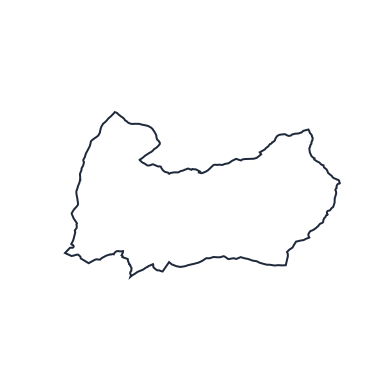 Rosia Montana, Alba, Romania, rotated 158°
{"feature_id": "2599482B9774767997162", "entity_name": "Rosia Montana", "entity_type": "district", "adm_level": 2, "iso_a3": "ROU", "parent_name": "Romania", "parent_adm1": "Alba", "projection": "robinson", "projection_center": [23.088, 46.307], "detail": "fine", "context": "isolated", "style": "outline", "palette": "slate", "viewbox_px": 384, "rotation_deg": 158, "n_neighbors": 0, "source": "geoboundaries", "source_scale": "gbopen_adm2", "svg_char_len": 5980}
<svg xmlns="http://www.w3.org/2000/svg" viewBox="0 0 384 384"><g transform="rotate(158 192 192)"><path d="M233.7,295.0L235.7,293.9L239.6,292.3L242.0,291.5L244.6,290.1L246.3,289.4L247.3,289.0L248.1,288.9L248.8,288.6L249.6,288.0L251.6,286.5L253.5,284.2L254.5,282.7L254.9,281.8L257.5,279.6L258.5,279.2L259.7,278.9L261.1,278.5L262.1,278.4L263.7,277.9L264.7,277.7L266.0,277.2L266.9,276.7L267.9,275.0L269.9,272.5L276.1,267.3L277.2,265.8L277.7,265.3L278.4,264.4L279.2,263.8L279.8,263.3L280.6,262.6L280.9,262.1L281.1,261.7L281.0,260.1L281.5,259.3L282.0,258.7L282.7,257.7L283.3,257.0L283.9,256.5L284.5,256.2L285.6,255.2L285.9,254.5L286.1,254.0L286.3,253.6L287.3,252.7L289.2,250.6L289.4,249.9L289.9,248.4L290.0,247.9L290.8,246.1L291.2,245.4L291.0,245.0L291.5,244.7L293.1,242.6L295.9,239.7L296.6,238.6L298.9,236.1L299.8,233.8L300.9,228.3L302.1,223.6L302.8,222.7L304.0,221.9L308.0,220.0L311.1,217.7L311.7,216.9L311.6,211.6L311.3,210.3L310.4,206.1L311.3,205.1L311.5,204.0L312.0,202.6L312.9,201.5L315.0,200.3L315.2,199.8L315.3,198.5L315.6,198.0L319.7,192.4L321.5,190.5L323.4,189.1L323.4,188.5L322.2,187.3L322.0,186.5L322.2,185.6L322.9,185.1L323.7,185.1L325.9,186.0L332.6,183.0L327.7,177.8L326.7,177.6L325.9,177.4L325.4,177.4L324.8,177.3L322.3,177.1L321.0,176.5L319.7,173.9L320.0,172.1L314.5,164.7L308.0,165.5L306.1,165.5L302.5,163.7L300.7,164.5L295.5,165.1L291.1,164.8L290.7,164.4L288.9,164.2L287.9,163.5L286.8,164.5L284.9,165.2L283.7,165.3L282.2,164.7L281.0,163.9L279.5,163.4L278.1,163.0L278.7,161.8L281.1,159.6L280.3,158.3L280.9,157.6L276.7,154.0L276.9,152.8L277.2,152.3L277.1,149.8L277.4,148.8L276.7,148.0L276.7,147.1L276.9,147.0L276.6,144.8L276.6,143.9L277.2,143.1L277.6,141.9L279.1,140.9L279.8,139.7L279.8,137.7L280.9,136.4L278.7,137.1L276.1,137.5L272.6,138.3L270.2,138.4L268.2,138.3L266.2,138.4L262.8,139.2L262.1,139.2L261.5,139.1L260.9,139.4L259.9,139.6L257.7,139.6L255.2,139.7L255.2,139.1L255.4,138.5L255.8,137.5L255.9,136.7L255.6,135.8L253.9,132.7L253.2,132.2L252.2,131.9L249.9,129.9L249.0,129.3L239.5,135.6L237.9,132.5L234.2,129.0L230.7,126.8L226.2,125.8L222.7,125.6L217.3,124.7L212.6,124.1L208.3,124.3L203.6,125.3L200.7,124.0L196.5,123.7L192.5,121.8L190.1,120.9L188.0,120.8L186.7,120.6L185.8,119.8L183.5,116.2L178.2,115.0L175.9,113.3L171.3,113.4L168.3,111.0L165.1,108.9L161.4,105.6L158.0,103.6L155.8,101.1L153.4,99.2L150.1,96.7L146.9,95.3L143.0,92.9L139.5,91.9L135.7,90.1L132.5,89.0L127.2,96.5L126.3,98.9L126.4,100.8L123.2,102.1L119.7,102.8L116.9,105.0L114.1,107.0L108.8,106.2L106.6,105.6L103.6,105.9L100.3,105.8L100.4,106.9L100.4,107.8L100.2,108.6L100.0,109.1L99.1,110.0L98.3,110.5L97.9,110.9L97.1,111.3L96.5,111.4L95.4,111.3L94.7,111.4L93.7,111.4L93.2,111.5L92.3,111.8L91.2,111.9L89.1,112.7L88.3,112.9L87.7,113.1L87.4,113.4L87.1,113.6L85.4,114.4L84.8,114.6L83.9,114.6L83.4,114.5L82.8,114.5L82.0,114.9L81.5,115.3L80.7,116.7L80.4,117.1L79.5,117.9L79.0,118.3L78.2,118.6L77.6,118.9L76.7,119.8L76.3,120.1L75.9,120.2L74.9,120.0L74.5,119.5L74.9,121.0L74.6,122.5L74.1,123.1L73.6,123.4L73.1,123.6L72.3,123.5L71.3,123.3L70.7,123.5L70.0,123.8L69.4,124.4L68.1,124.9L66.6,125.3L66.2,125.7L65.6,126.6L64.0,128.4L63.5,129.3L63.2,130.1L62.6,131.3L62.3,132.0L62.1,132.7L60.7,134.2L59.8,135.5L59.3,136.0L58.6,137.2L58.3,138.6L58.2,138.8L58.4,139.6L58.3,140.1L58.0,140.6L57.4,141.1L56.4,141.5L56.2,142.6L56.1,142.8L54.8,144.2L54.1,144.7L53.2,144.8L52.5,144.8L52.0,144.6L51.7,144.7L51.6,145.2L51.7,145.6L51.4,147.3L51.5,147.9L51.9,148.5L53.1,149.4L53.6,150.1L55.2,151.6L55.9,152.6L56.2,153.6L56.5,154.8L57.0,155.6L58.1,157.6L58.6,158.4L58.6,159.5L58.7,161.8L58.8,162.5L59.4,163.6L60.3,165.2L60.4,165.8L60.1,167.5L61.7,168.8L63.0,171.8L64.8,173.8L66.1,175.8L66.5,176.4L66.4,176.7L66.1,177.0L65.8,177.4L66.5,177.9L67.7,180.4L67.8,181.1L67.9,184.7L67.2,187.4L66.7,188.8L65.6,189.6L64.8,191.0L63.2,192.0L62.6,193.5L61.0,194.8L60.8,195.4L60.3,196.0L59.8,197.0L60.0,198.2L59.7,199.6L59.9,200.8L60.5,202.3L60.6,203.6L60.4,204.9L60.5,205.3L60.7,206.2L60.7,206.3L65.7,207.0L66.7,206.7L67.4,206.5L67.9,206.2L68.5,206.1L69.4,206.4L71.0,206.3L72.2,206.7L73.7,207.1L74.6,207.5L76.4,207.6L76.7,207.8L77.7,207.8L79.0,207.3L80.7,207.6L81.5,207.9L82.1,208.4L83.5,210.0L84.0,210.7L87.1,211.7L89.7,212.3L92.0,212.0L93.3,211.2L94.8,210.1L95.7,208.9L97.5,208.1L99.1,208.0L99.6,207.5L101.0,207.1L101.9,207.2L104.1,205.8L107.3,204.9L108.4,204.2L113.4,203.5L114.3,203.4L113.7,201.1L115.3,200.5L119.3,199.4L122.2,199.7L131.1,202.9L133.4,203.3L134.8,202.9L138.7,206.2L143.1,205.9L145.2,205.4L147.2,205.0L149.1,205.3L151.0,205.7L153.7,205.7L156.7,207.2L158.8,207.8L160.7,208.8L162.1,208.9L163.8,208.3L165.9,207.4L168.9,206.2L171.7,205.7L175.7,205.7L176.6,206.1L177.3,206.8L178.4,207.5L178.1,208.0L177.1,208.2L179.9,211.5L182.8,212.9L183.0,213.2L183.3,213.2L184.2,212.8L186.8,215.2L189.3,215.3L192.1,215.3L193.0,215.3L194.3,215.6L195.1,215.6L196.7,215.4L197.3,215.4L197.8,215.5L198.4,215.7L199.8,216.4L201.7,217.0L204.6,217.7L205.5,217.5L206.3,217.4L206.7,217.8L206.8,218.7L207.0,219.0L209.2,220.5L210.2,221.8L210.8,223.0L211.1,223.9L211.2,224.8L211.3,225.3L211.4,225.9L211.4,227.0L211.6,227.3L212.3,227.9L212.9,228.0L213.8,228.3L214.7,229.2L216.8,231.3L217.7,232.2L218.2,232.4L218.8,232.5L220.3,232.4L221.4,232.6L222.7,232.9L223.5,233.5L223.9,233.9L225.1,235.9L225.9,236.8L226.5,237.3L227.0,238.0L227.7,239.4L228.5,241.1L228.5,241.5L228.2,241.6L226.5,241.8L224.3,242.4L222.1,243.2L218.9,243.8L217.0,244.2L214.9,244.4L213.8,244.7L213.3,244.9L212.3,245.3L211.1,245.9L208.1,246.5L205.9,247.4L204.4,248.2L203.8,248.7L203.4,249.7L203.8,251.9L204.7,253.7L204.5,255.9L203.9,257.9L204.0,259.6L204.2,261.3L204.4,262.6L204.7,263.6L205.0,265.2L205.7,266.8L207.7,269.4L208.8,270.3L211.6,272.2L213.0,273.1L215.8,275.2L217.7,275.9L219.4,276.6L220.8,277.1L222.0,277.5L223.4,278.4L224.8,279.7L225.1,280.0L226.2,282.2L226.7,282.9L227.0,283.1L227.2,283.6L227.3,284.3L227.6,285.4L227.9,286.2L228.4,286.9L228.6,287.5L229.1,288.0L230.8,290.9L231.4,292.0L231.7,293.0L232.4,293.9L233.7,295.0Z" fill="none" stroke="#1e293b" stroke-width="2"/></g></svg>